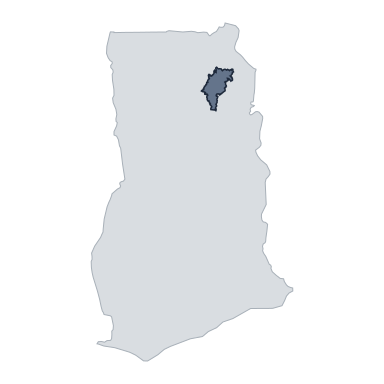 Karaga, Northern, Ghana (highlighted)
{"feature_id": "2480657B76285553918092", "entity_name": "Karaga", "entity_type": "district", "adm_level": 2, "iso_a3": "GHA", "parent_name": "Ghana", "parent_adm1": "Northern", "projection": "natural_earth1", "projection_center": [-0.451, 9.918], "detail": "fine", "context": "in_parent", "style": "filled", "palette": "slate", "viewbox_px": 384, "rotation_deg": 0, "n_neighbors": 0, "source": "geoboundaries", "source_scale": "gbopen_adm2", "svg_char_len": 7417}
<svg xmlns="http://www.w3.org/2000/svg" viewBox="0 0 384 384"><path d="M235.6,25.7L238.5,28.9L239.1,30.7L238.1,37.6L235.9,42.4L234.6,46.9L234.8,49.1L236.1,51.4L240.5,54.9L242.7,57.2L245.4,60.6L248.5,64.0L253.7,68.4L256.0,69.2L255.9,70.5L255.1,72.2L254.7,88.6L254.3,92.9L253.9,95.0L253.4,101.1L252.8,102.0L251.8,101.9L250.9,102.2L250.7,103.4L251.1,104.7L254.3,105.5L253.6,106.5L251.2,107.3L250.1,109.2L250.6,111.3L249.3,113.0L249.7,114.1L250.5,114.9L251.8,114.6L255.5,111.8L257.1,111.5L259.0,112.1L262.6,116.4L262.7,118.5L261.3,125.8L259.9,131.3L259.6,138.8L261.1,143.0L260.9,145.3L259.3,147.3L255.6,150.1L255.9,152.1L257.6,155.8L260.7,159.8L266.7,164.9L269.9,171.5L270.0,174.1L268.1,176.8L266.0,179.1L265.2,182.5L266.2,204.5L261.5,214.1L261.4,216.8L261.9,220.0L263.2,221.9L265.6,222.4L267.6,224.3L266.9,231.0L265.9,237.9L265.7,241.2L265.1,242.7L263.2,244.0L262.5,246.2L263.0,248.8L262.6,250.8L263.7,253.4L265.8,256.5L269.3,264.4L270.7,265.1L271.3,266.7L270.9,268.3L272.3,271.8L276.2,275.3L280.2,278.4L283.6,278.8L284.3,281.5L286.5,285.0L288.1,286.5L290.6,287.5L292.7,288.0L292.8,291.0L289.1,293.0L286.5,296.0L284.6,300.6L282.0,305.7L272.8,308.3L269.3,308.4L250.6,308.5L233.0,318.5L222.9,322.0L216.7,327.6L208.3,331.6L202.5,336.5L190.3,338.8L170.4,346.4L164.2,349.4L157.9,354.7L147.6,361.0L143.6,360.9L135.6,355.1L129.6,352.2L114.8,347.7L103.8,346.0L98.5,344.1L97.0,343.8L98.3,341.7L101.4,341.5L104.6,342.2L107.0,340.6L110.6,340.4L111.6,338.7L111.9,334.5L111.8,331.1L113.1,329.6L113.4,325.6L111.6,316.8L110.4,315.8L104.0,314.5L103.5,312.8L102.3,310.9L101.1,306.4L99.7,299.6L97.5,291.2L93.2,277.3L92.1,272.4L91.4,267.4L91.2,261.5L92.1,259.3L92.0,256.2L91.6,253.1L94.7,246.1L100.6,237.4L101.9,234.3L103.0,232.1L103.2,229.0L104.2,219.0L107.1,206.8L108.9,202.2L110.1,199.7L111.6,195.7L112.0,193.8L117.5,189.0L120.0,187.7L120.6,185.9L119.7,183.8L120.1,182.4L121.4,181.7L123.4,181.1L124.9,179.2L122.6,164.2L120.8,149.2L120.6,148.0L119.5,145.9L118.4,139.7L116.6,136.1L114.0,135.0L114.0,131.6L116.6,125.9L117.3,122.5L116.1,121.5L115.9,118.9L116.8,114.6L116.4,112.0L115.9,109.2L113.2,102.7L112.6,98.1L114.0,95.4L113.9,89.4L112.5,80.3L112.2,74.5L113.2,72.1L112.8,69.8L110.8,67.6L110.7,65.5L112.3,63.4L112.1,61.8L110.1,60.6L108.2,57.8L106.5,53.4L106.9,46.2L110.0,33.0L110.4,31.9L114.0,32.0L114.0,32.6L125.0,32.4L137.5,32.3L152.6,32.1L166.2,32.0L166.8,31.4L169.0,30.7L182.8,32.0L191.4,31.3L195.1,31.8L197.8,32.7L203.7,32.1L206.9,32.4L209.3,35.7L210.3,35.7L211.6,34.3L214.0,32.7L216.4,31.5L218.1,28.9L219.2,26.9L220.8,27.3L223.0,27.2L224.5,25.6L225.1,23.0L235.6,25.7Z" fill="#d9dde1" stroke="#a8b0b8" stroke-width="1"/><path d="M215.7,110.5L215.8,110.6L215.9,110.3L216.0,110.3L216.1,109.9L216.0,109.5L216.1,109.4L216.0,109.1L215.9,108.9L216.0,108.7L215.7,108.3L215.6,107.6L216.0,106.9L216.7,106.0L216.5,105.3L215.9,104.5L215.9,104.4L216.1,104.1L216.3,104.0L216.4,103.6L216.6,103.3L216.6,103.1L216.8,102.9L217.1,102.3L217.0,101.3L217.2,100.8L217.1,100.6L217.2,100.4L217.0,100.2L217.0,99.8L216.8,99.3L217.1,98.4L217.3,98.4L217.4,98.2L217.9,96.4L217.7,96.3L217.2,96.3L217.0,96.0L216.8,96.1L216.7,96.0L216.4,96.1L216.2,95.6L216.2,95.1L216.9,94.0L217.1,94.0L217.6,93.9L217.8,94.0L218.0,94.1L218.2,93.9L218.5,93.9L218.5,94.0L218.8,94.0L219.3,94.1L219.5,94.6L219.8,94.4L219.8,94.5L219.9,94.4L220.0,94.5L220.1,94.4L220.4,94.5L220.6,93.9L221.0,93.8L221.2,93.6L221.4,93.6L221.6,93.7L221.8,93.4L222.0,93.0L222.4,92.9L222.5,92.8L222.9,92.4L223.0,92.4L223.1,92.2L225.1,90.8L225.0,88.9L224.5,88.2L224.8,88.0L224.8,87.7L225.0,87.5L225.5,87.4L225.6,87.1L225.8,87.2L226.0,87.0L226.0,86.9L226.2,86.3L226.1,86.2L226.2,85.7L226.3,85.7L226.2,85.3L226.1,85.2L226.0,85.4L225.9,85.1L225.7,84.7L225.6,84.4L225.5,84.1L225.6,83.8L225.5,83.4L225.5,83.1L225.5,82.7L225.4,82.6L225.6,82.6L225.2,82.4L225.3,82.2L225.1,82.2L225.0,81.9L225.1,81.7L225.5,81.5L226.6,81.6L227.0,81.1L227.5,80.6L227.9,80.6L228.1,80.4L228.1,80.2L227.9,79.7L227.8,79.1L227.8,78.9L227.5,78.5L227.4,78.5L227.4,78.4L227.7,78.6L227.9,78.7L228.1,78.6L228.2,78.9L228.3,78.9L228.3,79.0L228.6,79.0L228.7,78.9L228.8,79.0L229.0,79.0L229.3,79.0L229.5,79.3L229.5,79.6L229.8,79.7L230.0,80.2L230.4,80.3L230.7,80.5L230.8,80.9L231.0,80.7L231.2,80.8L231.3,80.5L232.0,80.6L232.5,80.1L232.5,79.5L232.5,79.1L232.3,78.9L232.3,78.5L232.2,78.4L232.3,78.2L232.1,78.0L232.1,77.9L231.9,77.2L231.6,77.2L231.4,77.3L231.3,77.2L231.2,76.9L231.1,76.6L230.9,76.5L231.0,76.4L230.9,76.3L230.7,76.2L230.4,76.0L230.8,75.9L231.0,75.6L231.5,74.7L232.1,74.1L232.1,73.8L232.4,73.6L232.2,73.1L232.4,72.6L233.5,71.9L232.9,70.7L232.8,70.1L232.9,69.5L232.8,69.3L232.2,69.1L231.8,69.1L231.7,69.2L231.5,69.5L231.3,69.7L231.2,69.7L231.2,69.8L231.1,69.7L231.0,69.8L230.6,70.0L230.5,69.9L230.4,70.0L230.1,69.9L229.8,70.0L229.5,70.6L227.9,69.5L227.7,69.5L227.6,69.4L227.4,69.6L227.1,69.6L226.9,69.8L226.9,70.0L226.5,70.1L226.4,69.9L225.8,69.7L225.3,69.3L224.4,69.3L224.0,69.6L223.7,69.6L223.6,69.8L223.4,69.8L223.2,70.0L222.6,70.2L222.7,70.5L222.5,70.8L222.4,70.8L222.2,70.5L221.8,70.1L221.5,69.4L221.2,68.9L219.3,68.7L218.7,68.9L218.0,68.7L216.9,67.4L216.7,67.4L216.5,67.6L216.4,67.6L216.3,67.4L215.8,67.9L215.7,68.1L215.9,69.1L216.0,69.3L216.0,69.6L216.2,69.8L216.0,70.1L216.1,70.3L215.8,70.4L215.8,70.6L216.0,71.0L215.9,71.1L215.6,71.2L215.5,71.3L215.7,71.7L216.1,71.9L216.1,72.1L215.9,71.9L215.6,72.2L215.4,72.0L215.5,71.8L215.3,71.9L215.4,71.5L215.1,71.7L215.0,72.3L214.9,72.0L214.5,71.2L214.6,70.8L214.5,70.5L214.3,70.8L214.2,70.8L214.2,71.1L214.0,71.5L213.9,71.6L214.0,71.9L213.9,72.2L214.1,72.4L214.2,72.7L213.9,73.5L213.4,74.3L213.1,74.4L213.1,74.6L212.5,75.0L212.4,75.0L212.4,75.3L211.9,75.5L211.7,75.9L211.7,76.0L211.4,76.1L210.3,75.9L210.4,75.5L210.0,75.4L210.0,74.9L209.6,74.8L209.6,74.7L209.3,74.7L209.2,75.1L209.0,74.7L208.9,74.5L208.6,74.8L208.4,75.3L208.4,75.8L208.5,76.0L208.7,76.4L208.6,77.1L208.7,77.3L208.8,77.3L209.1,78.0L209.3,78.2L209.2,78.3L209.3,78.4L209.2,78.7L209.1,79.0L208.9,79.2L208.7,79.1L208.4,79.2L208.2,79.6L207.9,80.4L207.7,80.6L207.6,80.9L207.6,81.2L207.5,81.6L207.4,81.8L207.9,82.2L207.9,82.9L207.9,83.0L207.7,82.5L206.7,82.5L206.5,84.5L206.0,84.5L205.9,84.9L205.7,85.0L205.5,85.7L205.4,85.9L204.7,86.2L204.8,86.3L204.6,86.5L204.4,87.1L204.2,87.4L204.1,87.6L203.9,87.7L203.9,88.2L203.8,88.3L203.8,88.8L203.8,89.2L203.5,89.2L203.5,89.5L203.3,89.4L203.3,89.6L203.1,89.6L202.9,89.8L202.9,89.7L202.7,90.0L202.9,90.0L202.7,90.1L202.7,90.4L202.5,90.7L202.4,90.7L202.1,90.9L202.1,91.1L201.8,90.9L201.8,91.0L201.6,91.1L202.2,91.5L202.4,91.5L202.5,91.6L203.1,91.8L203.7,91.8L204.4,92.1L204.7,92.1L205.2,92.4L205.2,92.6L205.3,92.7L204.9,92.9L204.7,93.2L204.9,93.7L204.8,93.8L204.8,94.2L205.2,94.3L205.4,94.1L205.7,94.3L205.9,94.3L205.9,94.1L206.2,94.4L206.5,94.2L206.6,94.3L207.0,94.1L207.3,94.2L207.4,94.3L207.3,94.5L207.4,94.9L207.6,95.1L207.7,95.5L207.2,95.9L207.1,96.1L206.9,96.2L206.8,96.9L206.8,97.0L206.8,97.3L207.0,97.4L206.9,97.8L207.1,98.3L207.3,98.5L207.3,98.9L207.1,99.4L207.2,99.6L207.5,100.3L207.7,100.5L207.8,100.8L208.1,101.1L208.4,101.1L208.6,101.0L208.6,100.8L208.8,100.8L208.7,101.2L209.4,102.1L209.4,102.7L209.7,102.8L209.8,103.0L209.6,103.1L209.9,103.5L210.2,103.5L210.4,103.7L210.3,104.0L210.0,104.0L210.0,104.7L210.6,105.0L210.8,105.4L211.0,105.5L211.8,106.7L211.7,107.0L211.4,107.1L211.4,107.5L211.1,107.8L210.9,108.2L210.8,109.1L210.9,109.4L210.9,109.6L214.2,110.0L214.4,110.0L214.7,109.7L215.0,109.4L215.3,110.3L215.7,110.5Z" fill="#64748b" stroke="#1e293b" stroke-width="1.5"/></svg>